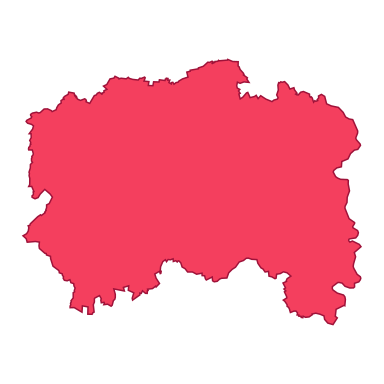 outline of Callan-Thomastown Lea-6, Kilkenny, Ireland
{"feature_id": "5873133B16918470579073", "entity_name": "Callan-Thomastown Lea-6", "entity_type": "district", "adm_level": 2, "iso_a3": "IRL", "parent_name": "Ireland", "parent_adm1": "Kilkenny", "projection": "albers", "projection_center": [-7.206, 52.516], "detail": "fine", "context": "isolated", "style": "filled", "palette": "rose", "viewbox_px": 384, "rotation_deg": 0, "n_neighbors": 0, "source": "geoboundaries", "source_scale": "gbopen_adm2", "svg_char_len": 5817}
<svg xmlns="http://www.w3.org/2000/svg" viewBox="0 0 384 384"><path d="M333.0,324.6L337.3,317.9L335.3,316.3L336.1,309.3L344.2,305.3L344.8,305.7L345.4,299.5L344.9,296.8L343.5,295.0L337.3,293.1L333.0,290.0L332.3,288.7L332.4,286.6L337.8,282.5L339.3,282.5L342.1,283.1L345.0,286.3L349.8,288.0L353.5,287.9L354.6,286.9L354.5,283.3L358.8,281.9L360.3,279.8L360.8,278.2L360.3,276.7L357.1,274.3L353.7,268.1L353.2,266.3L353.6,263.7L355.6,256.8L354.3,252.5L361.0,246.7L359.3,244.4L352.4,241.0L349.9,242.1L348.7,240.7L348.8,239.4L349.5,238.9L355.7,237.9L357.7,235.4L358.4,232.7L357.6,230.6L352.9,227.7L352.7,226.6L354.6,223.5L354.6,222.6L349.1,218.7L344.9,208.1L345.1,206.2L347.0,202.5L347.2,197.3L349.5,190.9L348.2,184.0L348.3,180.4L347.4,179.6L340.5,179.3L337.5,178.0L335.6,176.6L333.2,172.0L333.8,170.4L336.8,167.9L341.4,166.8L341.8,161.5L348.0,158.9L350.5,153.6L354.4,150.1L357.8,149.4L360.5,145.4L360.1,144.0L356.5,139.9L355.7,138.1L357.6,133.1L357.7,131.0L352.7,119.6L349.2,119.0L345.6,117.0L343.2,112.4L338.4,107.4L331.2,105.9L326.6,103.8L324.7,96.4L321.4,94.4L318.5,96.0L318.7,97.9L317.2,99.7L317.7,100.6L315.8,101.3L314.8,100.7L313.6,102.2L312.2,97.9L311.2,96.8L310.3,97.2L309.6,96.0L309.5,94.1L303.4,91.5L300.7,92.2L298.3,94.9L296.8,94.8L295.7,94.1L297.0,93.2L294.5,89.8L293.9,87.7L289.9,89.0L287.9,84.9L284.6,81.6L282.1,82.3L280.8,81.8L279.6,82.9L278.7,82.6L277.9,85.1L278.3,90.1L276.7,94.9L278.1,97.8L277.3,99.1L273.9,100.1L272.0,101.6L265.9,99.1L260.7,95.7L258.1,98.6L256.2,95.3L254.5,96.5L250.1,97.6L247.8,92.4L246.5,92.9L242.8,97.2L240.2,98.9L238.9,94.0L240.2,93.3L238.5,91.0L239.8,89.4L237.3,88.1L236.7,85.8L237.4,82.2L240.1,83.3L244.0,81.9L249.0,82.4L246.8,79.0L247.4,77.8L243.8,75.2L244.2,75.1L243.4,73.2L240.1,69.5L239.1,66.8L238.1,66.0L238.2,61.7L232.7,61.5L227.7,59.4L227.5,60.1L219.2,60.8L218.5,60.3L217.8,61.3L214.9,61.5L214.8,62.3L211.7,63.8L213.1,61.9L212.1,61.2L209.6,62.4L207.8,62.2L203.3,66.3L198.4,67.9L198.4,68.8L190.2,70.2L190.2,71.2L186.8,72.1L188.0,77.1L182.5,78.9L178.8,81.1L178.1,82.2L176.0,82.6L174.0,84.2L172.8,82.3L171.3,82.6L171.2,83.9L168.9,82.6L169.8,80.1L167.8,80.1L168.0,78.5L166.4,78.2L166.3,78.9L165.4,79.0L165.0,80.5L159.4,79.8L159.0,82.0L153.6,81.8L152.9,85.7L148.3,85.5L148.9,81.6L144.0,81.1L145.2,77.8L144.6,77.1L141.3,78.4L139.8,78.2L138.2,80.0L132.7,79.4L129.3,78.4L128.3,77.3L126.2,78.8L121.0,78.2L119.0,78.9L118.8,78.2L115.0,76.3L113.9,78.1L110.0,78.9L106.8,84.5L103.5,86.1L106.9,89.3L103.9,90.8L104.0,92.4L101.8,93.2L102.2,93.8L101.9,94.2L99.4,92.3L97.3,93.3L96.3,94.9L94.3,95.6L89.7,103.4L86.1,101.8L86.3,100.4L85.8,99.5L84.7,98.8L80.5,100.4L78.1,99.4L77.3,98.9L76.6,96.9L76.1,97.4L75.6,96.5L75.9,96.2L75.5,95.4L74.7,95.7L74.1,93.1L68.7,92.1L68.2,94.3L64.4,96.5L63.2,98.1L64.6,99.6L63.3,99.1L61.0,100.6L61.2,103.0L58.4,104.9L56.8,107.6L56.2,109.7L52.1,111.6L51.3,110.6L47.6,108.9L44.1,109.0L40.2,112.6L38.7,113.0L36.5,112.2L32.4,113.1L30.6,114.4L30.7,115.7L31.7,116.5L31.3,117.9L26.8,120.3L26.1,121.5L27.6,123.2L31.6,124.4L33.5,125.9L32.6,129.1L29.2,133.7L31.1,133.8L31.2,137.6L29.7,140.5L30.5,141.8L30.7,142.9L30.4,143.5L30.8,144.3L30.2,144.7L29.8,146.5L28.8,147.3L28.5,149.0L28.7,149.9L32.3,150.0L33.3,153.7L33.1,154.8L31.8,156.4L32.0,157.5L31.5,158.5L31.5,161.0L32.5,162.3L30.4,164.5L30.3,168.1L29.0,172.2L29.4,173.5L29.1,175.7L29.8,178.4L29.7,184.6L28.7,186.5L31.7,186.4L33.9,191.6L33.1,192.0L33.4,193.0L33.3,194.7L32.0,195.9L32.1,197.3L35.0,198.8L38.1,197.6L40.2,194.1L44.8,189.4L50.1,194.0L52.4,197.1L49.2,203.6L46.6,204.9L46.6,207.6L45.8,210.0L46.1,210.4L44.7,212.2L45.0,212.8L41.3,215.5L40.5,214.8L37.7,216.7L30.3,223.8L29.8,225.4L28.2,225.7L28.8,227.7L28.2,231.2L26.6,233.7L23.0,235.8L26.2,238.7L27.2,242.2L35.4,241.5L39.4,242.1L39.0,245.9L39.4,248.5L44.9,253.3L46.2,253.5L46.5,255.0L50.5,256.3L50.6,258.6L53.0,266.2L58.4,270.2L59.1,271.1L59.3,272.8L62.2,273.8L62.5,275.5L63.5,276.6L63.2,278.3L64.4,280.3L67.2,280.8L69.9,279.7L70.9,282.7L73.7,283.6L74.0,286.0L75.1,288.0L74.3,290.5L74.6,291.8L73.2,292.7L73.2,297.9L71.0,300.8L71.3,301.7L70.5,303.3L70.8,304.8L70.1,306.0L70.1,307.7L74.2,307.6L82.0,312.2L82.4,305.9L88.0,306.9L87.8,314.2L92.6,314.3L92.3,314.2L92.9,312.6L94.1,312.1L93.3,304.8L94.4,302.0L94.4,298.7L94.9,298.0L99.5,295.6L101.3,298.8L100.8,300.1L101.3,302.8L104.0,302.3L104.4,303.1L103.8,304.7L107.6,304.2L111.1,306.2L112.2,305.2L113.4,300.6L114.8,299.3L115.3,297.3L115.3,294.3L113.8,288.9L124.4,291.0L123.4,287.4L128.7,285.8L128.3,290.3L133.8,292.8L132.2,298.2L132.6,300.1L139.9,294.9L139.8,293.1L141.3,293.4L142.5,290.8L145.4,293.3L147.2,293.4L147.4,290.7L148.1,290.5L147.6,289.2L152.5,288.6L155.6,286.2L156.1,287.0L159.5,283.5L156.1,278.2L154.8,274.0L159.5,271.3L160.2,273.6L160.8,273.4L161.2,271.4L160.3,270.1L160.6,266.7L162.8,261.6L165.4,259.7L166.5,261.7L168.1,259.5L170.4,259.8L173.1,258.8L173.3,261.5L175.8,260.7L177.2,262.0L178.2,260.8L179.0,261.0L180.8,262.9L182.1,267.0L185.1,268.7L187.6,272.0L192.5,272.0L196.6,274.2L202.0,273.2L202.1,275.6L204.6,275.8L205.4,278.8L206.3,280.0L212.2,277.0L212.6,280.8L214.2,281.8L217.2,281.3L219.6,279.1L221.5,278.3L226.9,278.0L228.7,272.8L232.1,269.4L235.5,267.2L239.2,262.0L243.5,260.5L246.2,258.3L248.3,258.1L251.7,259.3L256.9,259.6L257.9,263.4L261.0,267.9L262.9,268.9L265.1,272.0L268.5,271.4L269.0,276.2L271.7,276.8L275.0,278.7L276.1,278.2L276.6,274.2L280.3,273.6L283.4,271.8L287.1,272.8L290.9,276.1L287.1,278.7L286.2,280.8L286.5,281.4L283.0,283.0L285.5,287.9L283.9,289.0L285.8,290.9L284.4,291.8L286.6,296.5L286.8,297.9L283.3,300.1L284.8,301.3L287.1,304.7L287.1,306.4L288.4,307.2L289.3,308.7L290.4,312.5L293.9,311.1L296.0,311.1L297.5,312.9L297.1,315.0L298.8,315.0L298.7,316.1L301.2,316.4L301.2,317.4L302.8,317.7L303.1,316.2L305.5,317.3L309.1,316.9L312.3,314.7L312.1,314.0L315.8,313.2L320.0,314.2L324.0,315.9L324.6,319.4L327.8,323.1L333.0,324.6Z" fill="#f43f5e" stroke="#9f1239" stroke-width="1.5"/></svg>